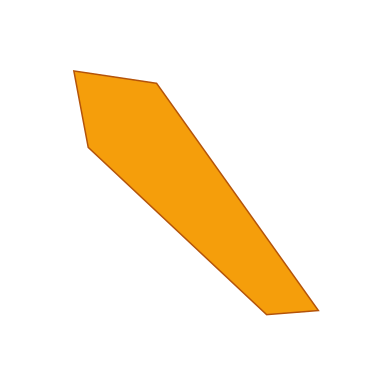 map outline of Anguilla (orthographic projection), rotated 253°
{"feature_id": "AIA", "entity_name": "Anguilla", "entity_type": "country or territory", "adm_level": 0, "iso_a3": "AIA", "parent_name": "North America", "parent_adm1": "", "projection": "orthographic", "projection_center": [-63.054, 18.221], "detail": "fine", "context": "isolated", "style": "filled", "palette": "amber", "viewbox_px": 384, "rotation_deg": 253, "n_neighbors": 0, "source": "natural_earth", "source_scale": "50m", "svg_char_len": 241}
<svg xmlns="http://www.w3.org/2000/svg" viewBox="0 0 384 384"><g transform="rotate(253 192 192)"><path d="M306.3,189.9L41.7,278.2L52.9,227.5L265.0,105.8L342.3,114.4L306.3,189.9Z" fill="#f59e0b" stroke="#b45309" stroke-width="1.5"/></g></svg>